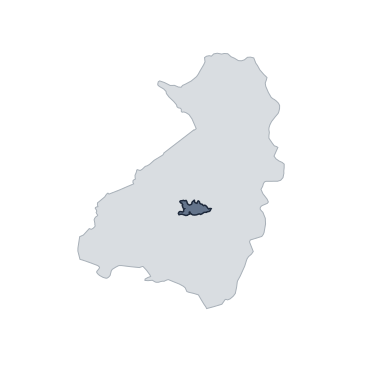 Burkina Faso, with Oubritenga highlighted, rotated 143°
{"feature_id": "BFA-2816", "entity_name": "Oubritenga", "entity_type": "Province", "adm_level": 1, "iso_a3": "BFA", "parent_name": "Burkina Faso", "parent_adm1": "", "projection": "natural_earth1", "projection_center": [-1.281, 12.591], "detail": "fine", "context": "in_parent", "style": "filled", "palette": "slate", "viewbox_px": 384, "rotation_deg": 143, "n_neighbors": 0, "source": "natural_earth", "source_scale": "10m", "svg_char_len": 4611}
<svg xmlns="http://www.w3.org/2000/svg" viewBox="0 0 384 384"><g transform="rotate(143 192 192)"><path d="M273.2,240.2L264.7,240.6L261.6,241.7L259.8,241.7L259.7,240.8L259.5,240.3L248.8,237.3L241.3,235.5L233.7,233.6L233.3,235.4L232.2,236.6L230.6,236.7L229.4,236.4L228.7,237.8L227.4,239.7L225.7,240.6L224.0,241.7L223.0,242.7L222.3,242.8L220.5,240.4L218.2,240.1L213.9,240.6L212.0,239.9L209.3,239.6L203.1,240.1L193.1,239.1L191.5,239.6L191.0,240.1L181.1,240.2L170.3,240.3L161.1,240.4L153.2,240.5L153.2,240.1L150.6,240.0L150.3,240.8L148.0,250.4L147.8,255.6L149.0,258.8L150.3,260.8L151.9,261.7L152.0,262.9L150.8,264.4L150.9,265.9L152.3,267.5L152.7,269.1L151.9,270.9L152.1,275.1L153.2,281.7L153.2,286.0L152.2,288.0L152.6,291.3L154.6,296.1L154.9,298.1L154.2,299.0L152.6,300.3L151.0,300.2L149.0,297.3L148.2,296.1L146.7,293.1L145.3,290.2L143.5,288.9L141.8,287.7L139.7,284.0L137.6,282.2L135.4,282.8L132.3,282.1L125.8,281.1L119.0,281.4L116.1,282.3L113.3,283.6L106.1,286.6L103.3,288.1L101.1,291.8L98.7,291.7L96.2,290.5L94.7,288.8L91.5,289.2L88.3,287.6L85.3,284.3L83.0,283.3L80.2,280.9L79.4,276.5L77.6,273.3L75.9,269.0L73.5,267.0L70.6,266.0L66.7,266.2L64.1,264.5L62.0,261.9L62.6,259.7L63.5,256.6L63.6,253.6L64.3,248.7L63.9,242.6L63.2,238.3L65.4,236.6L67.9,235.0L69.5,232.1L71.1,225.6L71.8,220.0L71.3,217.9L70.5,216.2L69.9,213.8L69.5,210.8L70.0,208.3L71.9,205.9L74.3,203.9L76.0,202.9L80.5,201.9L86.1,200.4L89.3,198.8L91.7,197.1L93.0,195.7L94.4,193.0L96.5,190.9L98.2,188.7L98.5,182.8L98.5,179.4L97.2,177.5L96.6,175.9L104.9,171.3L105.0,168.0L103.8,164.3L102.2,161.4L101.6,158.8L103.9,155.8L106.0,153.6L107.4,151.6L110.7,148.7L114.1,148.0L117.2,149.1L126.3,155.9L127.9,156.4L129.8,155.8L132.2,154.0L135.3,152.6L136.4,148.0L136.3,141.2L137.0,138.1L138.7,137.6L143.9,138.9L145.3,139.0L146.8,138.5L147.9,137.3L147.9,135.2L147.6,133.2L149.3,126.9L152.5,122.2L158.8,116.3L160.7,115.2L163.0,114.5L174.3,118.6L176.1,117.6L178.9,107.6L181.9,106.6L185.6,106.4L188.0,105.6L189.2,104.9L194.5,101.1L204.0,95.9L209.1,93.6L210.1,92.8L213.7,89.1L218.5,84.9L221.6,84.0L225.8,83.7L228.5,84.4L229.3,85.6L230.1,86.2L235.7,84.4L243.6,87.3L250.5,90.1L250.1,91.9L250.0,95.0L249.5,100.0L248.8,106.0L251.6,109.9L255.0,114.0L256.0,115.6L255.1,119.7L255.7,122.1L257.5,126.1L260.6,131.2L263.7,136.4L265.9,137.1L268.0,137.5L269.2,138.5L271.1,139.4L272.9,140.0L274.5,141.1L275.5,142.2L276.8,145.4L280.4,147.6L282.8,149.7L281.9,150.7L278.8,150.3L275.9,149.4L275.5,150.9L275.4,156.8L275.9,161.8L276.5,162.4L279.5,163.3L286.4,169.7L292.7,175.8L294.8,177.3L298.3,177.9L302.2,178.2L303.9,177.6L307.7,174.6L309.7,174.2L311.5,174.3L312.5,174.8L314.4,177.3L316.1,181.1L316.6,183.8L316.4,185.3L315.8,185.9L312.7,186.6L311.4,187.2L311.1,188.0L311.5,189.8L312.2,191.0L315.6,196.4L320.5,203.7L322.0,205.6L321.1,207.8L318.7,213.5L316.8,215.9L308.6,223.9L304.6,223.0L296.1,224.6L294.9,222.8L292.9,222.5L290.4,222.8L289.5,223.6L289.3,224.3L288.4,225.5L286.9,228.7L285.6,229.5L284.1,230.0L282.3,229.9L281.2,230.3L281.2,231.9L280.9,233.3L279.6,234.0L279.1,235.5L279.2,237.0L278.5,237.7L276.9,237.4L276.0,236.9L275.1,238.9L274.0,240.2L273.2,240.2Z" fill="#d9dde1" stroke="#a8b0b8" stroke-width="1"/><path d="M213.7,183.8L212.7,183.1L211.4,181.6L210.3,181.6L209.5,182.8L208.9,183.0L208.1,183.1L208.5,183.5L208.7,184.5L208.4,185.8L207.8,187.2L207.7,187.2L207.3,187.3L207.1,187.4L207.1,187.6L207.1,188.0L206.9,189.0L206.9,189.4L207.2,189.5L207.5,189.9L207.6,190.8L207.5,191.6L206.7,191.9L204.5,190.7L204.0,190.6L203.2,189.5L202.3,188.9L201.9,188.9L201.8,188.3L201.9,187.5L202.5,185.9L202.6,184.9L202.3,183.9L201.8,183.0L200.4,182.7L200.0,182.5L199.6,182.6L199.1,182.8L198.4,183.6L197.7,183.9L195.2,184.1L195.1,183.8L195.2,183.6L195.8,182.6L196.0,182.0L195.8,181.3L195.4,180.8L194.9,180.0L194.4,180.3L193.6,180.8L192.7,181.2L192.2,181.0L192.0,180.2L192.1,179.3L192.5,178.6L192.5,177.8L192.0,176.9L191.5,176.2L191.2,175.9L191.2,174.7L190.9,174.1L189.8,173.8L189.5,173.4L189.2,172.7L189.0,170.6L189.1,169.4L188.9,168.5L188.4,168.3L187.9,168.2L187.6,168.1L186.7,167.2L188.9,166.1L190.2,166.2L191.5,167.0L192.4,167.2L192.6,167.0L193.1,167.4L194.0,168.0L194.8,168.5L195.6,168.5L196.8,168.5L197.9,168.8L198.5,168.8L198.9,169.4L199.3,170.1L200.3,170.5L202.0,171.0L203.6,171.9L205.1,173.2L205.8,174.6L205.7,175.0L205.9,175.1L206.1,175.2L206.3,175.4L206.4,175.9L206.2,176.2L205.9,176.6L205.7,177.0L206.0,177.5L206.4,177.5L206.6,177.2L206.6,176.7L206.7,176.3L206.8,176.1L207.0,175.9L207.4,175.8L207.7,176.0L208.3,176.2L209.7,176.2L211.1,177.0L213.3,180.2L215.0,181.3L216.0,181.6L216.0,182.3L215.7,183.2L214.7,183.7L213.7,183.8Z" fill="#64748b" stroke="#1e293b" stroke-width="1.5"/></g></svg>